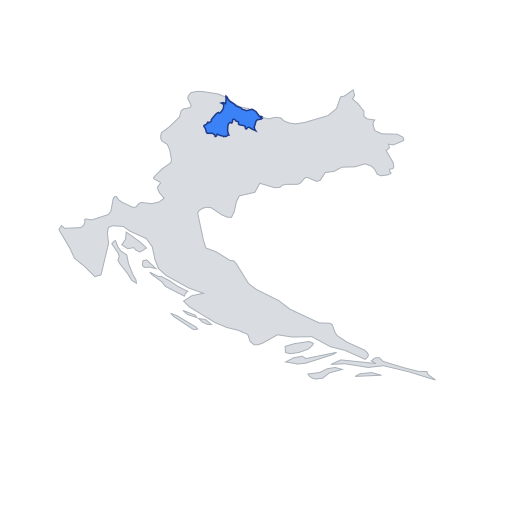 location of Koprivničko-Križevačka within Croatia, rotated 341°
{"feature_id": "HRV-1608", "entity_name": "Koprivničko-Križevačka", "entity_type": "County", "adm_level": 1, "iso_a3": "HRV", "parent_name": "Croatia", "parent_adm1": "", "projection": "albers", "projection_center": [16.81, 46.118], "detail": "fine", "context": "in_parent", "style": "filled", "palette": "blue", "viewbox_px": 512, "rotation_deg": 341, "n_neighbors": 0, "source": "natural_earth", "source_scale": "10m", "svg_char_len": 6238}
<svg xmlns="http://www.w3.org/2000/svg" viewBox="0 0 512 512"><g transform="rotate(341 256 256)"><path d="M82.0,163.9L84.1,167.5L99.9,172.2L103.4,170.5L105.5,167.8L105.6,166.0L107.0,165.5L112.5,168.4L129.6,168.7L133.2,166.7L139.9,154.9L142.0,153.9L143.4,154.5L144.3,158.0L146.7,161.4L155.1,169.7L158.4,170.7L161.6,168.6L164.9,168.0L174.2,172.5L182.1,173.4L188.0,171.4L185.3,164.9L184.9,161.6L185.3,158.8L189.4,156.0L189.2,154.8L184.5,149.7L184.7,148.4L195.4,143.1L205.7,140.1L207.4,137.7L209.0,127.3L208.5,121.7L204.4,116.4L204.2,113.7L205.2,111.0L206.9,108.6L215.7,105.8L228.7,99.8L232.6,94.2L235.0,93.3L242.2,94.2L243.7,92.8L242.8,84.6L244.1,82.6L247.8,80.3L254.1,81.2L259.3,83.3L273.1,90.5L280.4,97.2L284.5,104.5L290.0,110.2L297.0,114.2L302.5,119.7L306.6,126.6L312.4,130.4L319.7,131.2L324.4,133.5L326.4,137.4L330.5,140.9L336.5,144.0L345.9,145.6L369.6,146.7L380.1,142.8L387.8,133.0L391.1,133.6L402.0,130.6L401.5,136.3L398.3,138.9L401.8,144.7L405.2,154.2L403.5,159.0L405.8,162.6L412.6,166.1L410.7,167.3L409.3,170.4L409.2,176.2L414.7,181.4L429.3,186.9L433.6,191.5L433.8,193.5L433.0,194.9L422.0,195.7L417.7,193.4L417.4,197.2L413.4,198.6L416.1,212.6L415.3,216.6L413.8,218.0L410.7,217.4L409.9,218.8L410.7,221.7L406.7,222.2L400.2,220.8L397.2,218.1L396.5,212.8L394.4,208.6L389.2,204.4L378.6,203.9L366.2,200.0L357.3,201.4L348.7,199.6L341.4,205.3L337.6,205.2L330.1,198.4L327.9,198.0L321.4,201.6L318.8,201.8L307.9,198.1L303.9,197.6L301.0,198.9L295.9,197.5L283.3,188.5L275.6,195.4L259.8,193.7L255.1,198.4L249.7,207.2L245.3,211.5L241.5,209.9L237.1,206.0L229.4,195.8L225.4,193.9L220.9,193.5L216.9,194.5L214.8,196.5L211.4,224.2L211.2,232.0L219.9,239.3L230.1,251.9L233.4,253.3L235.0,257.4L240.0,279.7L245.2,287.5L263.1,305.7L270.7,317.3L293.9,339.8L304.1,343.7L305.7,345.8L305.9,354.6L307.0,357.9L313.9,367.0L328.0,380.3L329.7,383.4L330.1,385.6L329.3,387.4L325.6,389.3L309.4,374.2L296.8,366.0L282.6,350.5L263.6,344.3L250.8,337.5L234.3,340.5L229.0,340.6L225.3,339.3L222.6,335.0L222.7,327.5L215.2,320.6L205.0,314.0L195.5,305.5L176.5,282.5L172.8,275.1L182.8,272.6L194.2,274.2L182.0,264.4L164.7,245.2L159.7,236.1L159.3,226.5L160.9,213.4L158.0,203.9L144.8,191.4L140.1,184.8L130.2,180.7L125.8,180.9L123.0,185.6L120.7,196.1L103.3,223.4L96.9,223.0L90.2,209.5L83.7,199.2L82.6,188.5L78.2,166.8L82.0,163.9ZM379.9,420.9L380.1,424.1L385.3,431.7L362.3,414.9L340.8,401.2L325.7,397.9L305.0,386.8L291.6,382.9L302.5,381.9L334.4,396.7L330.8,392.7L335.4,391.1L339.3,392.2L341.9,397.1L359.9,410.1L371.5,417.7L379.9,420.9ZM134.7,239.5L134.1,242.8L130.5,238.5L128.9,230.9L124.6,218.5L124.1,215.0L126.6,211.7L126.6,208.3L123.6,197.5L126.4,195.8L128.1,195.6L128.5,203.1L129.9,207.4L134.2,212.8L133.0,221.4L133.6,233.8L134.7,239.5ZM155.1,212.8L147.5,214.4L144.1,211.0L143.2,208.3L137.1,207.3L132.7,201.7L138.1,197.7L141.1,191.1L151.0,205.1L155.1,212.8ZM275.2,361.0L265.3,361.2L256.7,359.6L252.5,356.9L254.1,350.9L263.7,351.4L278.3,354.1L281.8,357.2L280.7,358.6L275.2,361.0ZM300.9,373.3L296.5,374.2L268.5,373.6L260.4,371.8L249.5,365.8L258.6,364.5L267.1,365.8L269.7,369.2L300.9,373.3ZM177.0,268.4L175.3,270.7L160.3,255.1L158.7,250.0L151.4,239.5L150.3,236.7L157.1,243.7L159.7,244.4L166.1,251.1L172.5,259.7L180.1,267.2L177.0,268.4ZM266.7,384.5L278.3,386.9L286.9,385.8L294.6,387.2L300.6,391.3L287.3,390.4L279.3,393.2L272.2,391.7L269.6,389.9L267.7,387.6L266.7,384.5ZM176.3,303.9L177.0,306.1L172.9,305.2L158.2,286.1L156.7,282.4L162.0,286.9L176.3,303.9ZM151.4,224.1L157.3,235.4L151.7,231.8L146.6,230.4L145.5,227.8L147.5,223.7L151.4,224.1ZM327.2,403.8L335.9,409.6L310.5,402.1L316.0,401.2L327.2,403.8ZM187.6,299.7L191.6,306.2L187.7,304.8L183.7,300.8L181.4,296.4L187.6,299.7ZM179.1,292.0L180.0,295.0L172.4,289.2L169.1,283.6L179.1,292.0Z" fill="#d9dde1" stroke="#a8b0b8" stroke-width="1"/><path d="M280.9,99.5L281.4,101.2L281.8,101.7L282.3,102.1L284.5,104.7L286.0,107.5L286.5,108.2L289.7,110.8L290.2,111.4L290.5,112.4L291.2,113.1L294.1,115.3L295.0,115.7L299.8,115.9L300.5,116.3L302.9,119.4L303.2,120.2L304.0,122.9L304.1,123.8L304.6,125.2L305.5,125.6L306.5,125.7L307.0,126.4L306.6,126.5L305.8,126.9L305.4,127.0L305.4,127.6L306.3,127.9L306.4,128.0L305.9,128.1L305.4,128.2L302.2,127.7L301.7,127.7L301.0,127.9L299.9,128.6L299.6,128.9L299.3,129.3L297.5,132.0L296.6,133.0L296.2,133.5L296.1,133.9L296.3,134.4L296.3,134.6L296.1,135.2L296.0,135.5L296.1,135.9L296.5,137.5L294.4,135.5L293.6,134.8L293.3,134.5L292.9,134.1L292.1,132.8L291.6,132.3L291.1,131.9L290.3,131.8L289.9,131.9L289.5,132.0L288.5,132.7L288.1,132.8L287.9,132.6L287.6,131.9L287.6,131.2L287.8,130.4L287.8,129.7L287.1,128.9L286.0,128.2L283.6,126.9L282.8,126.3L282.4,125.6L283.0,123.9L283.1,123.5L282.9,123.2L282.6,122.9L281.6,122.4L281.2,122.1L280.9,121.7L280.7,121.3L280.6,121.1L280.6,120.8L280.4,120.2L280.3,119.9L280.1,119.7L279.7,119.5L279.2,119.4L278.8,119.3L278.5,119.4L278.2,119.6L278.0,120.1L277.7,121.0L277.4,121.5L276.8,122.0L276.7,122.2L276.4,122.4L276.2,122.4L275.8,122.0L275.5,121.5L275.2,121.3L274.7,121.3L273.6,121.8L272.6,122.4L272.0,123.5L271.3,124.7L270.8,126.2L270.0,128.0L269.8,129.3L269.7,132.9L268.8,132.4L267.1,133.2L266.6,133.2L266.2,133.1L266.0,132.9L265.5,132.6L265.1,132.6L264.6,132.7L264.4,132.7L264.2,132.6L264.1,132.3L263.9,132.0L263.5,131.7L261.3,130.3L260.9,130.0L259.4,128.4L259.1,128.2L258.8,128.2L258.7,128.4L258.5,128.6L258.4,128.8L258.2,129.2L258.0,129.4L257.5,129.7L256.7,129.9L256.4,129.8L256.2,129.7L256.3,129.2L256.5,128.7L256.5,128.3L256.4,128.1L255.8,127.4L254.9,125.9L254.2,125.6L249.8,124.1L249.4,122.6L249.6,119.5L249.5,118.5L249.0,116.8L249.1,116.1L249.3,115.7L250.2,115.5L250.4,115.4L251.3,115.5L251.6,115.5L251.9,115.4L253.9,113.8L254.2,113.7L254.3,113.8L254.5,114.3L254.6,114.5L254.8,114.6L255.1,114.7L256.6,114.3L257.4,114.0L257.7,113.7L257.9,113.3L258.1,112.7L258.3,112.4L264.0,108.9L266.2,108.1L267.2,108.0L267.4,108.1L267.6,108.4L267.8,108.9L268.0,109.1L268.8,108.8L269.9,108.3L272.1,106.8L273.1,105.9L273.6,105.1L274.0,104.1L274.4,103.2L274.5,102.7L274.6,102.3L274.6,101.9L274.5,101.6L274.4,101.4L274.2,101.3L273.7,101.0L272.9,100.1L274.9,100.3L275.6,100.7L275.9,101.0L276.2,101.6L276.7,102.2L276.8,102.1L277.0,101.9L278.8,97.8L278.9,97.6L279.0,97.2L279.4,95.6L279.7,95.0L280.0,95.5L280.6,96.9L280.4,98.2L280.9,99.5Z" fill="#3b82f6" stroke="#1e3a8a" stroke-width="1.5"/></g></svg>